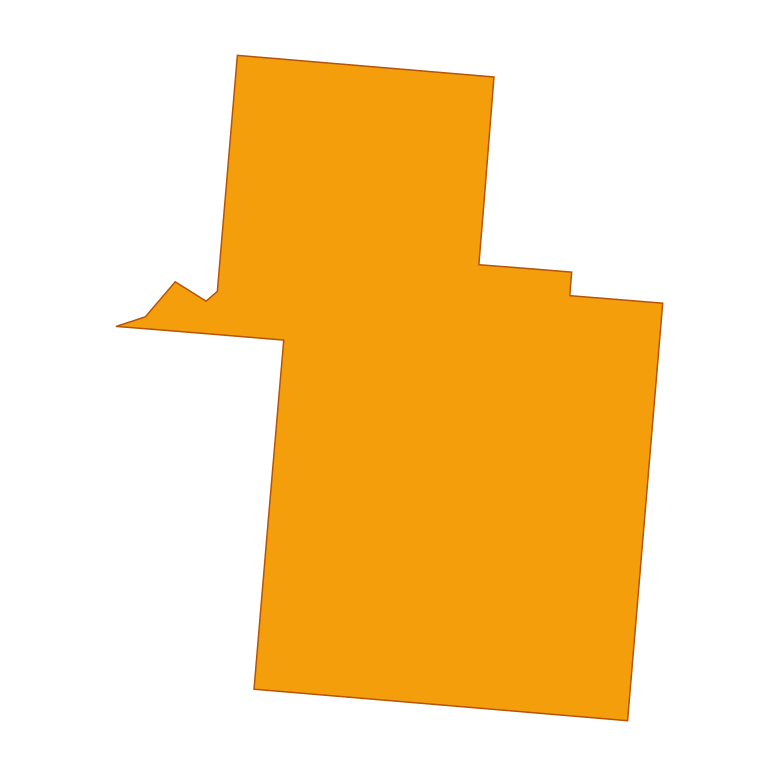 Montgomery, Mississippi, United States of America (orthographic projection), rotated 185°
{"feature_id": "52423323B94631767050196", "entity_name": "Montgomery", "entity_type": "district", "adm_level": 2, "iso_a3": "USA", "parent_name": "United States of America", "parent_adm1": "Mississippi", "projection": "orthographic", "projection_center": [-89.583, 33.482], "detail": "fine", "context": "isolated", "style": "filled", "palette": "amber", "viewbox_px": 768, "rotation_deg": 185, "n_neighbors": 0, "source": "geoboundaries", "source_scale": "gbopen_adm2", "svg_char_len": 407}
<svg xmlns="http://www.w3.org/2000/svg" viewBox="0 0 768 768"><g transform="rotate(185 384 384)"><path d="M112.0,69.8L113.4,488.8L206.6,488.2L206.8,511.8L228.9,511.7L299.9,511.1L300.2,569.3L301.2,699.4L558.7,698.6L558.1,461.7L568.5,451.0L600.9,467.6L627.6,430.1L656.0,418.0L606.9,418.4L487.7,419.0L487.4,231.6L486.9,68.6L182.3,69.6L112.0,69.8Z" fill="#f59e0b" stroke="#b45309" stroke-width="1.5"/></g></svg>